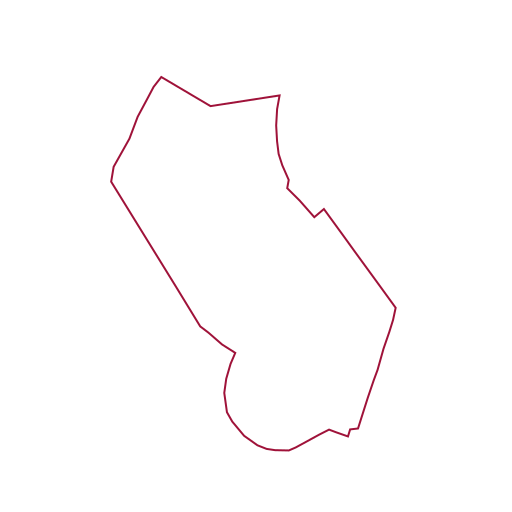 Tuol Kouk, Phnom Penh, Cambodia (Mercator projection), rotated 332°
{"feature_id": "14789045B87565610199894", "entity_name": "Tuol Kouk", "entity_type": "district", "adm_level": 2, "iso_a3": "KHM", "parent_name": "Cambodia", "parent_adm1": "Phnom Penh", "projection": "mercator", "projection_center": [104.898, 11.57], "detail": "fine", "context": "isolated", "style": "outline", "palette": "rose", "viewbox_px": 512, "rotation_deg": 332, "n_neighbors": 0, "source": "geoboundaries", "source_scale": "gbopen_adm2", "svg_char_len": 809}
<svg xmlns="http://www.w3.org/2000/svg" viewBox="0 0 512 512"><g transform="rotate(332 256 256)"><path d="M355.0,367.3L351.3,340.8L345.3,298.6L342.7,279.6L341.6,271.8L338.0,246.4L325.7,249.1L320.6,227.7L315.4,210.8L320.6,204.2L321.8,188.2L323.9,176.5L328.5,164.5L335.1,150.2L343.6,136.2L352.2,125.3L286.2,102.3L256.4,53.5L245.0,58.6L233.5,66.4L216.9,77.5L199.3,93.0L172.2,110.4L163.0,122.4L170.9,245.2L173.7,292.0L178.0,301.3L184.5,318.2L192.2,331.8L182.9,339.3L172.1,350.4L163.7,362.0L157.0,380.3L157.3,391.1L161.1,409.2L168.4,423.8L174.8,431.3L181.7,436.4L193.7,443.1L201.2,443.7L228.1,443.4L239.0,443.6L244.1,449.4L252.5,458.5L257.7,453.3L265.1,456.2L275.4,446.1L288.3,433.5L301.6,421.0L309.9,413.6L325.1,397.7L338.1,385.6L347.0,376.8L355.0,367.3Z" fill="none" stroke="#9f1239" stroke-width="2"/></g></svg>